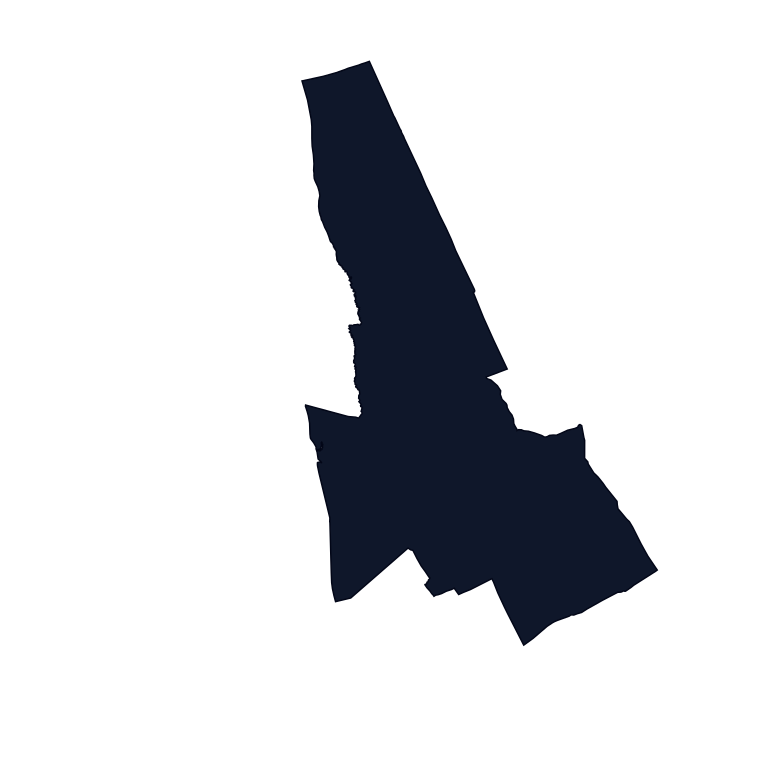 the district of Terpezita, Dolj, Romania, rotated 59°
{"feature_id": "2599482B57924090457119", "entity_name": "Terpezita", "entity_type": "district", "adm_level": 2, "iso_a3": "ROU", "parent_name": "Romania", "parent_adm1": "Dolj", "projection": "albers", "projection_center": [23.49, 44.289], "detail": "fine", "context": "isolated", "style": "filled", "palette": "ink", "viewbox_px": 768, "rotation_deg": 59, "n_neighbors": 0, "source": "geoboundaries", "source_scale": "gbopen_adm2", "svg_char_len": 6125}
<svg xmlns="http://www.w3.org/2000/svg" viewBox="0 0 768 768"><g transform="rotate(59 384 384)"><path d="M678.8,387.2L675.7,369.1L675.4,362.5L675.5,360.1L675.9,357.3L678.4,344.5L678.1,343.0L678.9,341.5L679.8,340.3L680.4,336.8L681.6,332.3L681.4,325.9L681.9,308.0L682.9,291.0L684.4,288.1L684.6,287.2L684.7,285.3L685.6,284.4L686.0,283.7L685.6,277.1L685.1,273.6L684.4,247.4L684.2,245.6L667.5,246.5L653.3,246.0L634.7,244.6L628.4,244.6L624.8,245.6L611.4,247.7L607.6,246.2L604.6,244.7L586.9,247.1L581.9,247.4L573.8,248.5L568.2,250.0L557.8,250.2L555.7,249.4L551.0,250.3L535.6,241.0L533.0,240.3L521.5,236.0L519.7,236.9L519.5,237.6L519.8,238.8L520.8,240.2L520.4,243.3L518.2,250.4L517.4,257.9L516.7,262.6L515.0,265.1L513.3,268.6L513.2,271.3L512.4,273.6L509.3,275.4L503.5,280.2L498.9,284.5L496.2,288.2L493.9,289.9L492.4,292.3L492.4,294.0L491.1,293.4L487.5,293.4L484.7,293.1L480.8,291.1L476.5,290.3L472.2,290.9L467.7,290.6L465.4,289.5L463.5,289.4L458.0,290.8L452.8,289.7L449.9,287.5L443.9,287.7L435.7,290.3L432.2,293.2L430.6,292.8L434.6,270.7L403.0,267.5L378.6,264.6L351.5,260.3L351.3,260.2L351.6,259.6L351.6,259.0L351.1,258.5L350.5,258.1L349.1,257.8L306.8,253.9L294.7,251.9L282.1,250.5L268.0,249.4L249.3,247.2L235.7,246.0L222.2,244.0L184.1,240.1L182.0,239.7L177.9,239.5L176.6,239.2L175.9,238.9L173.3,238.9L161.3,237.6L159.2,237.6L143.8,235.6L99.9,230.4L99.0,234.9L98.1,238.5L97.6,241.6L94.9,252.1L94.4,255.5L92.5,264.8L89.0,277.6L82.0,298.2L101.3,303.3L120.0,310.2L126.1,313.2L136.3,319.3L140.6,321.7L143.2,323.1L151.2,326.5L159.2,330.6L164.7,334.3L167.3,335.4L169.2,336.6L172.1,338.0L175.0,338.5L180.8,339.1L185.7,340.4L189.6,342.0L193.3,345.4L198.2,348.6L202.7,350.6L206.6,351.8L207.9,351.9L210.9,353.0L213.2,353.0L219.2,354.1L224.2,354.4L228.8,355.2L233.7,356.4L235.1,356.3L236.0,355.9L237.6,355.8L239.5,356.0L240.4,356.6L241.1,356.3L241.8,356.6L242.4,356.1L243.3,356.6L243.9,356.4L245.5,356.5L246.3,356.8L248.2,358.1L250.0,358.9L250.8,359.1L253.5,360.5L254.9,360.3L255.2,360.7L256.8,360.2L258.1,360.9L258.8,360.3L259.3,360.5L260.1,360.0L260.6,360.0L261.5,359.3L262.0,359.4L262.5,359.8L263.5,359.3L264.1,359.8L266.1,358.9L267.0,358.9L267.5,359.5L267.8,359.5L268.0,359.2L268.0,358.4L269.2,358.1L269.7,358.1L270.4,358.7L271.8,358.8L272.9,358.4L274.7,359.0L275.0,358.8L275.5,358.9L275.8,358.6L275.8,357.9L275.3,357.5L275.2,357.2L275.6,356.9L276.4,357.3L276.9,357.9L277.0,358.4L276.8,359.0L276.8,359.6L277.1,360.4L277.3,360.5L278.2,359.8L278.9,360.0L279.6,359.5L280.3,360.0L281.3,359.7L281.5,359.8L281.7,360.2L281.4,361.3L281.4,361.5L281.8,361.8L284.3,361.7L284.5,361.8L284.6,362.4L284.9,362.4L285.7,361.5L286.2,361.4L286.9,361.5L288.0,361.1L288.1,362.2L288.6,362.7L289.6,362.2L289.5,361.8L289.6,361.5L290.1,361.5L290.7,361.1L291.6,361.9L291.7,363.0L292.1,363.6L293.1,363.9L293.1,363.6L293.4,362.9L293.7,362.8L294.0,362.9L293.7,363.4L293.9,363.7L294.5,363.9L294.9,363.3L295.1,363.3L295.5,364.2L297.0,364.7L297.6,366.0L298.5,365.9L298.8,366.3L299.2,366.4L300.3,365.9L301.1,365.8L301.3,366.0L301.1,366.6L301.2,366.8L302.5,366.7L303.2,366.4L303.4,366.6L303.4,367.3L303.8,367.4L304.2,367.3L305.1,366.2L306.0,365.7L306.1,366.0L306.0,366.6L307.4,366.5L307.6,367.1L307.4,367.7L308.7,367.7L308.6,368.1L308.3,368.4L308.4,368.7L309.3,369.0L309.4,369.6L309.9,370.0L310.5,369.9L310.7,370.3L311.6,370.1L312.3,370.5L313.0,370.1L313.7,370.7L315.2,370.3L315.3,371.1L315.7,371.6L316.0,371.7L319.5,371.4L320.8,372.8L320.5,373.6L321.0,374.0L321.1,374.6L320.7,375.1L319.5,375.5L319.3,375.9L318.8,377.4L317.8,379.3L317.9,380.6L316.9,381.7L315.9,383.3L316.0,383.8L316.6,384.3L317.3,384.4L318.1,383.9L318.6,383.9L318.7,384.3L318.5,385.0L318.5,385.6L320.3,385.0L321.0,385.1L321.6,387.0L322.2,386.9L323.0,386.2L323.7,386.0L324.2,386.6L325.4,387.1L325.7,386.1L326.3,386.0L326.6,386.3L327.0,387.5L328.0,387.3L328.1,386.8L328.8,386.6L329.9,387.2L331.2,387.1L331.8,388.0L332.2,388.2L333.2,387.8L334.1,388.8L334.6,388.6L335.1,388.7L335.7,389.5L337.2,389.2L339.0,390.9L339.7,390.6L339.9,390.8L340.1,391.4L340.4,391.8L341.2,391.9L341.3,392.4L341.9,392.5L342.3,393.0L343.5,393.4L343.9,393.1L344.2,393.1L344.4,394.2L344.9,394.5L344.6,394.9L344.6,395.2L345.1,395.4L345.6,395.4L347.1,396.2L348.0,397.3L348.1,397.7L348.8,398.3L349.5,398.3L350.2,399.0L350.4,398.9L350.7,398.6L351.6,398.3L352.4,398.4L353.8,400.2L354.1,400.3L355.2,399.4L355.6,399.9L355.9,400.9L356.6,401.1L357.1,400.7L357.4,400.8L359.0,402.2L359.7,402.3L362.4,403.7L363.4,404.8L363.7,405.9L364.2,406.4L364.4,406.2L365.2,406.5L365.6,407.3L366.7,408.1L367.5,407.9L369.4,408.9L370.1,408.6L370.6,408.1L371.2,408.4L371.5,409.5L371.9,409.7L372.8,409.5L373.6,409.0L375.5,409.2L376.7,408.4L380.1,409.9L380.8,411.4L383.2,413.1L384.4,412.9L385.8,413.3L386.2,414.6L388.5,414.2L390.1,414.1L390.3,415.1L391.3,415.5L392.8,414.7L395.7,417.7L396.6,417.4L398.2,418.0L398.4,419.2L399.2,420.9L400.1,423.1L400.0,423.5L397.9,425.3L393.8,431.0L393.1,431.8L361.7,462.0L362.0,462.2L362.4,462.7L368.0,464.0L372.2,465.2L379.2,467.9L388.9,473.3L392.4,474.9L393.6,475.0L398.2,474.5L402.5,474.6L403.6,474.9L404.5,475.6L405.2,475.8L405.9,474.8L406.7,473.1L406.8,472.5L406.5,471.3L405.6,470.6L404.6,469.4L403.0,468.5L402.0,468.1L401.7,467.4L402.1,467.2L402.6,467.6L404.2,467.6L405.7,468.8L406.8,469.3L407.3,470.1L408.1,470.9L408.2,471.4L407.7,472.4L408.3,472.9L408.4,473.2L407.9,473.9L407.0,474.8L406.6,476.1L407.9,476.4L414.4,479.1L418.0,478.0L418.6,478.0L419.0,477.9L419.2,478.1L419.0,478.4L418.1,479.0L417.8,479.4L417.1,481.2L417.2,481.6L418.8,482.6L420.1,483.2L426.9,485.6L471.0,499.4L474.2,501.5L474.9,501.7L519.0,526.6L527.2,531.1L532.9,533.6L539.7,535.9L545.6,537.6L550.3,522.7L537.0,447.9L539.8,446.6L541.5,444.9L550.8,445.6L559.3,445.8L566.0,445.2L572.8,444.9L573.7,444.5L574.2,444.8L574.6,445.6L575.0,447.0L576.1,447.8L576.2,448.4L576.0,448.9L576.1,449.2L577.3,450.5L577.4,450.8L577.0,451.6L577.0,452.2L577.2,452.3L580.8,452.1L585.3,451.2L588.5,451.0L589.8,450.6L591.7,450.5L591.6,448.5L592.5,446.1L593.3,442.6L593.7,437.3L594.9,432.2L595.2,429.0L602.9,428.4L603.5,423.2L604.7,415.8L606.4,391.8L610.2,392.1L621.6,394.0L636.6,395.6L644.9,396.3L679.8,398.7L678.8,387.2Z" fill="#0f172a" stroke="#020617" stroke-width="1.5"/></g></svg>